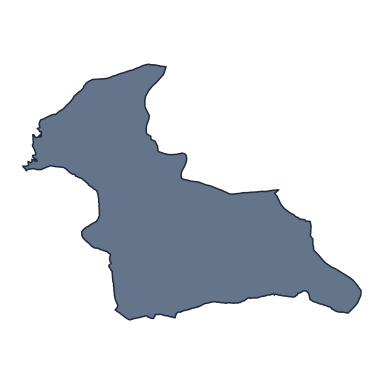 Kaolack, Kaolack, Senegal (Albers equal-area conic projection)
{"feature_id": "50182788B15645681951695", "entity_name": "Kaolack", "entity_type": "district", "adm_level": 2, "iso_a3": "SEN", "parent_name": "Senegal", "parent_adm1": "Kaolack", "projection": "albers", "projection_center": [-16.083, 14.112], "detail": "fine", "context": "isolated", "style": "filled", "palette": "slate", "viewbox_px": 384, "rotation_deg": 0, "n_neighbors": 0, "source": "geoboundaries", "source_scale": "gbopen_adm2", "svg_char_len": 5913}
<svg xmlns="http://www.w3.org/2000/svg" viewBox="0 0 384 384"><path d="M278.5,190.0L278.1,189.8L276.9,189.8L275.6,190.3L273.1,190.2L271.5,190.6L269.9,190.7L266.8,191.4L263.5,191.5L262.2,191.3L256.5,192.0L250.4,192.3L248.0,192.6L246.1,192.7L244.4,192.6L242.2,192.9L239.3,193.5L237.6,193.5L233.5,194.0L229.8,194.1L227.3,192.9L226.2,192.3L223.3,191.1L222.0,190.3L219.8,189.6L209.8,185.7L206.3,185.0L198.8,182.1L191.1,181.1L187.3,180.1L183.9,179.4L182.5,178.9L181.7,178.4L181.1,176.1L181.2,173.3L182.1,170.5L183.6,168.1L185.2,164.7L186.0,162.5L186.7,159.9L186.6,157.9L186.3,156.2L185.8,154.6L184.2,153.6L182.2,153.1L176.9,154.3L172.4,154.6L168.4,154.6L162.6,153.1L161.5,152.6L158.2,151.5L157.5,146.1L154.9,141.0L153.0,140.4L150.9,139.3L150.8,136.3L149.3,135.3L147.4,134.4L146.6,133.2L146.2,131.8L146.4,126.2L149.1,117.9L149.3,115.6L146.9,110.9L144.9,106.5L144.8,100.7L145.6,96.2L148.8,90.5L152.6,85.8L155.8,83.0L163.4,74.6L165.3,69.2L165.9,66.7L160.5,66.2L156.3,65.1L150.7,64.7L149.1,64.3L147.4,64.4L143.1,65.5L138.8,67.5L136.8,68.1L132.2,70.2L130.8,70.3L124.9,72.2L124.1,72.7L120.8,73.4L115.8,75.4L112.1,76.4L111.2,76.9L108.6,78.0L104.2,78.8L98.8,79.0L96.6,79.3L93.0,79.4L89.4,81.0L86.7,82.8L85.8,83.6L85.5,84.3L84.0,86.0L83.6,87.3L81.8,89.8L80.1,91.4L79.7,91.4L78.1,92.7L75.9,94.7L75.1,95.2L73.5,97.1L73.3,97.9L72.7,98.9L70.0,102.2L67.8,104.3L66.9,104.9L66.3,105.8L63.7,108.5L61.6,110.0L59.5,111.1L56.0,114.2L55.1,114.5L54.3,114.2L50.6,115.4L45.4,117.9L43.8,119.0L41.3,119.6L40.5,120.2L39.5,122.5L39.1,124.8L40.0,127.2L39.1,127.9L37.4,128.4L39.5,130.9L39.8,131.7L41.1,131.7L41.5,132.1L41.1,133.2L41.2,133.5L40.7,134.7L41.6,135.7L41.5,136.2L40.4,136.9L39.9,136.9L40.0,136.1L39.7,135.2L39.2,135.5L38.6,136.6L38.1,137.0L36.9,137.4L36.0,137.4L35.4,137.4L33.8,134.7L32.8,134.9L32.7,135.5L33.2,137.6L33.0,139.2L33.4,142.3L33.1,143.9L32.4,145.1L32.5,145.7L32.9,146.7L33.7,147.8L35.4,152.2L35.8,153.9L35.7,154.6L34.8,155.0L32.8,155.4L32.5,156.3L33.3,157.6L34.4,158.5L34.9,159.3L35.9,159.0L36.2,159.1L36.3,159.8L37.1,160.5L37.0,161.0L36.0,161.4L34.8,160.7L34.3,160.7L33.3,159.7L31.9,159.5L32.0,161.6L31.4,162.5L30.7,162.8L29.6,162.0L28.2,161.6L28.2,163.4L28.6,165.1L28.1,165.6L26.0,166.2L23.0,166.1L23.4,167.3L24.6,168.2L26.4,170.7L27.3,169.8L28.1,169.3L32.7,168.7L34.8,168.9L37.6,169.7L41.3,169.5L42.2,169.2L43.2,168.5L44.7,168.1L45.5,167.6L50.9,165.7L54.6,166.5L63.1,167.3L65.1,168.3L66.9,169.7L68.7,171.6L71.0,173.4L72.5,174.1L75.0,174.5L75.3,175.7L75.6,176.2L76.7,176.4L79.7,177.9L80.9,178.1L81.9,178.6L83.8,180.3L84.6,180.7L85.3,181.6L87.8,183.6L88.2,184.4L88.8,185.1L90.5,186.4L91.7,186.9L93.2,188.4L96.6,190.6L97.1,191.7L97.6,193.2L97.9,194.2L98.2,196.5L98.6,197.6L98.7,202.0L99.1,203.4L99.2,204.8L98.9,206.2L99.2,207.0L99.2,209.3L99.4,210.9L99.3,213.1L99.5,215.6L98.9,216.7L98.7,217.6L97.6,219.6L96.2,221.6L95.3,222.1L94.6,222.3L93.9,223.0L92.6,223.4L91.6,224.1L90.3,224.7L89.5,225.6L85.6,227.6L82.8,230.3L81.8,231.7L81.8,235.2L82.2,236.3L83.1,237.9L84.5,239.4L86.2,241.2L89.5,243.8L91.1,245.8L92.8,246.9L93.2,247.4L95.9,248.2L97.2,248.1L98.2,248.3L99.5,249.2L107.4,251.8L108.8,253.3L110.1,254.1L110.6,254.9L109.7,257.5L109.6,259.3L110.0,261.1L111.2,263.2L110.3,264.2L109.4,264.7L109.0,265.5L108.8,266.5L110.2,268.4L110.7,269.6L112.2,271.5L112.0,272.4L112.4,273.4L112.3,274.7L112.9,281.5L113.7,284.1L113.5,285.3L113.9,287.1L113.9,290.6L114.3,292.6L114.5,295.6L115.5,300.0L117.9,305.6L117.6,306.5L116.6,308.3L115.2,309.9L116.2,310.5L116.3,310.7L116.8,311.2L119.0,312.5L125.9,317.8L128.4,319.3L129.2,319.7L130.9,319.7L132.0,319.2L132.5,319.2L133.1,318.6L133.5,318.7L139.6,317.5L140.6,317.2L141.1,316.9L142.0,316.9L144.0,316.4L144.8,316.0L145.9,315.7L146.8,315.9L147.9,317.0L149.0,317.3L150.4,318.0L153.0,318.5L153.6,318.3L153.8,317.4L154.9,316.3L155.0,315.3L155.3,314.5L155.7,314.6L156.1,314.4L157.0,314.6L160.8,314.3L165.1,315.7L166.2,315.7L167.3,316.0L167.9,315.8L168.9,316.4L172.9,317.2L174.2,317.8L175.2,317.6L175.0,316.8L175.3,316.2L175.7,315.7L175.7,315.0L176.1,314.6L176.4,313.4L178.2,312.2L179.9,312.0L180.3,312.2L181.2,311.7L184.5,310.4L185.1,310.5L186.5,310.0L188.5,309.7L190.0,308.9L191.3,308.8L192.0,308.2L194.4,307.9L195.8,307.4L196.5,307.3L196.8,307.1L197.4,307.2L198.1,306.9L198.5,306.3L199.3,306.5L201.9,305.1L202.8,304.4L205.7,303.4L209.0,302.8L212.2,301.9L215.8,301.7L217.0,302.2L217.9,302.2L222.2,302.8L223.3,302.6L225.6,303.3L226.5,303.0L228.8,302.7L233.8,303.2L235.9,302.9L237.2,303.0L240.1,302.5L242.8,301.0L244.0,300.8L245.7,299.7L248.0,298.0L248.5,297.7L250.1,298.0L250.1,298.3L253.1,297.8L254.3,298.0L255.2,297.7L256.1,297.9L257.9,297.7L259.3,297.2L260.5,296.6L263.4,296.3L263.7,296.1L265.0,296.0L266.7,295.3L268.8,294.9L269.4,295.0L270.7,294.8L272.5,293.9L274.2,294.3L274.3,295.0L275.1,294.2L276.6,294.4L278.6,295.1L280.3,295.2L283.3,295.9L286.2,296.1L287.6,296.4L293.4,297.1L295.2,296.5L296.1,295.6L297.2,294.8L297.8,293.6L301.1,292.4L303.0,291.0L303.8,291.0L304.7,290.7L306.9,291.4L307.1,292.1L308.1,292.8L308.9,294.3L309.5,296.7L309.8,299.2L311.5,300.4L313.6,301.7L315.8,302.2L316.5,302.6L319.4,303.6L319.8,303.8L319.9,304.0L321.2,304.1L323.3,304.7L324.2,305.3L325.9,305.5L328.2,306.6L329.9,306.9L331.4,308.1L331.7,308.9L332.9,309.5L333.3,309.5L333.8,309.7L334.2,310.4L338.0,311.9L341.4,312.2L343.5,312.1L345.0,312.6L346.7,312.8L347.9,313.2L353.1,308.1L355.7,305.3L357.5,302.9L360.6,295.9L360.9,294.6L361.0,290.4L358.7,287.5L357.0,285.0L353.6,280.8L350.1,277.9L346.0,275.3L335.3,268.7L331.6,267.1L325.5,262.9L320.8,257.8L318.5,255.0L313.7,250.0L313.4,245.6L312.8,244.7L312.9,239.1L310.4,235.9L310.8,231.0L311.0,225.9L310.2,221.5L307.7,221.1L305.6,221.2L305.1,220.0L304.3,219.5L303.1,219.6L301.1,219.1L299.9,219.1L299.3,218.8L297.8,217.3L296.5,217.2L295.4,216.5L294.9,216.0L294.2,215.1L293.5,214.6L290.6,213.3L284.0,208.3L280.7,204.1L278.6,199.5L277.9,198.3L277.4,196.7L275.5,194.5L275.1,193.7L274.9,192.9L276.2,192.1L278.5,190.0Z" fill="#64748b" stroke="#1e293b" stroke-width="1.5"/></svg>